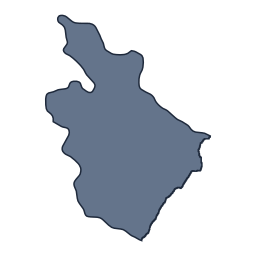 outline of Paraiso, Barahona, Dominican Republic
{"feature_id": "3306468B48518984773258", "entity_name": "Paraiso", "entity_type": "district", "adm_level": 2, "iso_a3": "DOM", "parent_name": "Dominican Republic", "parent_adm1": "Barahona", "projection": "mercator", "projection_center": [-71.185, 18.039], "detail": "fine", "context": "isolated", "style": "filled", "palette": "slate", "viewbox_px": 256, "rotation_deg": 0, "n_neighbors": 0, "source": "geoboundaries", "source_scale": "gbopen_adm2", "svg_char_len": 5907}
<svg xmlns="http://www.w3.org/2000/svg" viewBox="0 0 256 256"><path d="M141.7,240.6L141.7,239.0L142.1,239.0L142.1,238.2L142.5,238.2L142.5,237.8L142.8,237.8L142.8,237.5L143.5,237.5L143.5,237.1L144.3,237.1L144.3,236.7L144.6,236.7L144.6,236.3L145.0,236.3L145.0,235.9L145.4,235.9L145.4,235.5L145.7,235.5L145.7,234.8L146.1,234.8L146.1,234.4L146.4,234.4L146.4,234.0L146.8,234.0L146.8,233.6L147.5,233.6L147.5,233.3L147.9,233.3L147.9,232.9L148.3,232.9L148.3,232.5L148.6,232.5L148.6,231.4L149.0,231.4L149.0,230.2L149.3,230.2L149.3,229.4L149.7,229.4L149.7,227.2L150.1,227.2L150.1,226.0L150.4,226.0L150.4,225.3L150.8,225.3L150.8,224.5L151.2,224.5L151.2,223.7L151.5,223.7L151.5,223.4L151.9,223.4L151.9,223.0L152.2,223.0L152.2,222.2L152.6,222.2L152.6,221.8L153.0,221.8L153.0,221.4L153.3,221.4L153.3,221.1L153.7,221.1L153.7,220.7L154.1,220.7L154.1,220.3L154.4,220.3L154.4,219.9L154.8,219.9L154.8,219.5L155.1,219.5L155.1,219.2L155.5,219.2L155.5,218.8L155.9,218.8L155.9,217.6L156.2,217.6L156.2,216.5L156.6,216.5L156.6,215.4L157.0,215.4L157.0,215.0L157.3,215.0L157.3,214.6L157.7,214.6L157.7,213.8L158.0,213.8L158.0,213.4L158.4,213.4L158.4,212.7L158.8,212.7L158.8,211.2L159.1,211.2L159.1,210.0L159.5,210.0L159.5,209.3L159.9,209.3L159.9,208.9L160.2,208.9L160.2,208.1L160.6,208.1L160.6,207.7L160.9,207.7L160.9,207.0L161.3,207.0L161.3,206.2L161.7,206.2L161.7,205.8L162.4,205.8L162.4,205.1L162.7,205.1L162.7,204.3L163.1,204.3L163.1,203.9L163.5,203.9L163.5,203.2L163.8,203.2L163.8,202.8L164.6,202.8L164.6,202.4L164.9,202.4L164.9,201.6L165.3,201.6L165.3,200.5L165.7,200.5L165.7,199.3L166.0,199.3L166.0,198.2L166.4,198.2L166.4,197.8L167.1,197.8L167.1,197.4L167.8,197.4L167.8,197.1L168.6,197.1L168.6,196.7L168.9,196.7L168.9,196.3L169.3,196.3L169.3,195.9L170.0,195.9L170.0,195.5L170.4,195.5L170.4,195.2L170.7,195.2L170.7,194.4L171.1,194.4L171.1,194.0L171.4,194.0L171.4,193.6L171.8,193.6L171.8,193.3L172.5,193.3L172.5,192.5L172.9,192.5L172.9,191.7L173.3,191.7L173.3,191.3L174.0,191.3L174.0,190.2L174.4,190.2L174.4,189.4L174.7,189.4L174.7,189.1L175.1,189.1L175.1,188.7L175.8,188.7L175.8,188.3L176.9,188.3L176.9,187.9L177.6,187.9L177.6,187.5L179.4,187.5L179.4,187.9L180.5,187.9L180.5,188.3L180.9,188.3L180.9,187.9L181.2,187.9L181.2,187.5L181.6,187.5L181.6,187.2L182.0,187.2L182.0,186.8L182.3,186.8L182.3,186.4L182.7,186.4L182.7,185.6L183.0,185.6L183.0,184.5L183.4,184.5L183.4,184.1L183.8,184.1L183.8,183.3L184.1,183.3L184.1,183.0L184.5,183.0L184.5,182.2L184.9,182.2L184.9,181.8L185.2,181.8L185.2,181.1L185.6,181.1L185.6,180.7L186.0,180.7L186.0,179.9L186.3,179.9L186.3,179.5L186.7,179.5L186.7,178.8L187.0,178.8L187.0,178.4L187.4,178.4L187.4,177.6L188.1,177.6L188.1,177.2L188.5,177.2L188.5,176.5L188.8,176.5L188.8,175.7L189.2,175.7L189.2,175.3L189.6,175.3L189.6,174.6L189.9,174.6L189.9,173.8L190.3,173.8L190.3,173.4L190.7,173.4L190.7,172.7L191.0,172.7L191.0,171.9L191.4,171.9L191.4,171.5L191.7,171.5L191.7,171.2L192.5,171.2L192.5,170.8L193.9,170.8L193.9,171.2L196.8,171.2L196.8,170.8L197.5,170.8L197.5,170.4L197.9,170.4L197.9,170.8L200.1,170.8L200.1,170.4L200.4,170.4L200.4,170.0L200.8,170.0L200.8,168.9L201.2,168.9L201.2,167.7L201.5,167.7L201.5,166.6L201.9,166.6L201.9,163.1L201.5,163.1L201.5,162.4L201.2,162.4L201.2,157.4L200.4,157.4L200.4,156.7L199.7,156.7L199.7,155.5L199.4,155.5L199.4,155.1L199.0,155.1L199.0,154.8L199.4,154.8L199.4,153.6L199.0,153.6L199.0,151.7L198.6,151.7L198.6,151.3L198.3,151.3L198.3,149.8L198.6,149.8L198.6,149.4L199.0,149.4L199.0,148.7L199.4,148.7L199.4,147.5L199.7,147.5L199.7,146.8L200.1,146.8L200.1,146.4L199.7,146.4L199.7,146.0L200.1,146.0L200.1,144.9L200.4,144.9L200.4,143.3L200.8,143.3L200.8,142.9L201.9,142.9L201.9,141.8L202.6,141.8L202.6,141.0L203.0,141.0L203.0,140.7L203.3,140.7L203.3,139.9L203.7,139.9L203.7,139.5L204.4,139.5L204.4,139.1L204.8,139.1L204.8,138.8L208.8,138.8L208.8,138.4L209.1,138.4L209.1,137.2L209.9,137.2L209.9,136.9L210.2,136.9L210.3,136.0L204.7,133.3L202.0,132.8L195.6,132.1L193.1,131.1L191.2,129.5L188.9,126.4L187.8,125.3L182.3,121.8L177.5,119.5L175.3,117.8L167.5,110.8L165.9,109.8L162.7,108.3L160.4,106.6L158.3,104.7L156.4,102.5L155.4,100.9L153.9,97.7L152.9,96.4L151.7,95.2L150.3,94.2L145.7,92.0L141.5,89.5L140.3,88.5L139.5,87.0L139.1,85.4L138.9,82.7L139.0,78.9L139.7,75.2L140.3,73.6L142.2,69.8L142.9,67.1L143.3,62.4L143.0,58.0L141.9,55.6L140.7,54.6L135.7,51.8L134.1,51.2L131.4,50.7L127.9,53.3L126.2,54.0L124.3,54.5L120.2,54.8L116.2,54.6L113.2,54.2L111.4,53.5L106.6,50.6L105.4,49.5L104.9,48.8L104.3,47.3L103.3,43.2L101.1,38.7L99.8,35.3L95.9,27.6L94.9,26.2L93.7,25.1L92.2,24.2L89.4,23.4L79.4,23.3L75.4,22.9L73.6,22.3L71.9,21.3L66.8,17.1L65.2,16.1L62.7,15.4L61.0,15.4L59.4,15.8L58.7,16.4L57.8,17.9L57.7,19.4L58.0,21.0L58.8,22.3L62.4,24.9L63.5,26.1L64.5,27.5L65.3,30.1L66.2,37.4L67.4,41.9L67.4,42.6L67.0,44.1L63.8,48.6L63.4,50.1L63.8,51.5L64.7,52.7L65.9,53.7L69.7,55.6L72.7,57.9L76.4,61.2L80.6,65.5L83.6,69.3L85.7,73.3L86.8,75.0L94.0,82.9L94.8,84.5L95.0,85.4L94.8,87.0L94.3,88.3L92.5,91.5L91.1,92.4L90.2,92.5L88.6,92.4L86.5,91.3L82.7,88.6L81.8,87.4L80.3,83.2L79.2,82.1L76.8,81.3L73.5,81.3L71.9,81.7L70.5,82.5L69.7,83.8L68.5,87.0L68.0,87.6L66.7,88.4L65.2,88.8L59.8,89.5L58.1,89.8L53.4,91.8L48.6,93.0L47.3,93.9L46.7,94.6L46.1,96.3L45.7,99.0L45.8,104.9L46.3,108.7L47.4,111.0L50.9,113.9L52.4,115.8L53.2,118.2L53.2,121.7L61.3,126.4L62.8,127.0L66.0,127.7L67.5,128.3L68.1,128.8L69.0,130.3L69.3,132.7L68.7,135.3L62.6,146.4L62.2,148.0L62.2,149.8L62.8,151.4L64.4,153.3L65.8,154.3L70.5,156.6L74.9,160.2L78.3,163.6L79.4,165.1L80.6,167.7L80.9,169.5L80.8,171.3L80.2,174.0L79.3,175.5L76.0,179.4L74.6,181.4L74.0,183.1L74.0,184.8L74.4,186.4L76.3,191.0L77.3,198.3L78.0,201.0L79.4,203.4L83.3,208.8L84.0,210.4L84.9,213.5L85.6,215.0L86.7,216.1L88.3,216.6L90.8,216.9L97.2,217.2L99.9,217.8L101.6,218.7L103.1,219.9L108.6,225.1L111.6,227.3L114.2,228.2L120.6,229.0L123.2,229.6L125.7,231.1L130.2,234.7L131.7,235.7L135.0,237.2L139.4,239.7L141.7,240.6Z" fill="#64748b" stroke="#1e293b" stroke-width="1.5"/></svg>